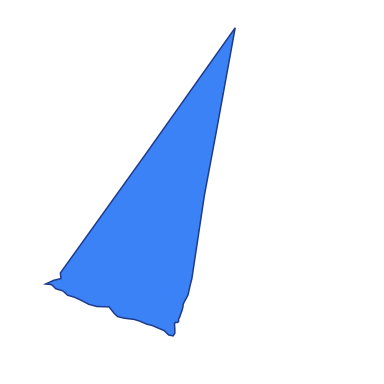 Al Burgaig, Northern, Sudan, rotated 305°
{"feature_id": "16777658B75799368386758", "entity_name": "Al Burgaig", "entity_type": "district", "adm_level": 2, "iso_a3": "SDN", "parent_name": "Sudan", "parent_adm1": "Northern", "projection": "albers", "projection_center": [30.508, 19.556], "detail": "fine", "context": "isolated", "style": "filled", "palette": "blue", "viewbox_px": 384, "rotation_deg": 305, "n_neighbors": 0, "source": "geoboundaries", "source_scale": "gbopen_adm2", "svg_char_len": 708}
<svg xmlns="http://www.w3.org/2000/svg" viewBox="0 0 384 384"><g transform="rotate(305 192 192)"><path d="M351.3,133.2L336.9,133.1L197.1,132.3L50.2,130.6L45.9,134.3L40.4,129.4L32.7,124.9L35.5,129.9L35.2,132.4L34.6,135.9L36.9,142.9L36.1,149.4L38.2,155.4L39.6,162.6L40.8,171.9L43.7,179.9L50.3,189.9L47.9,198.0L47.3,202.5L49.6,208.6L54.5,217.8L56.3,223.5L56.7,225.6L57.8,230.8L59.8,235.9L60.8,240.7L62.5,248.7L61.5,254.9L63.3,259.1L66.4,259.0L69.8,256.6L73.7,253.5L75.6,253.0L76.6,254.7L77.9,255.4L80.3,253.9L82.8,253.6L85.1,252.8L88.9,251.9L92.9,250.4L94.8,249.2L97.6,248.7L105.3,247.8L115.5,243.6L120.9,241.6L196.3,204.1L257.1,176.5L351.3,133.2Z" fill="#3b82f6" stroke="#1e3a8a" stroke-width="1.5"/></g></svg>